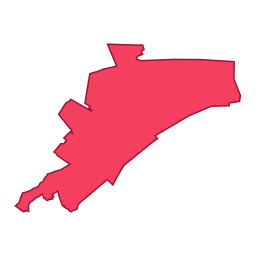 outline of Roznov, Neamt, Romania
{"feature_id": "2599482B96195246570406", "entity_name": "Roznov", "entity_type": "district", "adm_level": 2, "iso_a3": "ROU", "parent_name": "Romania", "parent_adm1": "Neamt", "projection": "natural_earth1", "projection_center": [26.505, 46.851], "detail": "fine", "context": "isolated", "style": "filled", "palette": "rose", "viewbox_px": 256, "rotation_deg": 0, "n_neighbors": 0, "source": "geoboundaries", "source_scale": "gbopen_adm2", "svg_char_len": 1917}
<svg xmlns="http://www.w3.org/2000/svg" viewBox="0 0 256 256"><path d="M102.4,183.7L104.9,181.7L107.4,179.6L111.7,183.8L112.9,184.9L117.7,175.7L124.0,165.2L153.4,141.4L157.6,138.7L155.1,135.7L187.4,116.6L188.8,115.8L211.4,106.2L227.2,105.8L229.1,105.7L229.1,103.0L239.5,101.4L240.2,96.7L240.6,96.0L234.8,81.4L233.9,79.0L233.9,77.1L234.1,66.5L234.2,61.7L200.7,59.6L174.0,59.4L141.1,60.7L136.3,59.1L137.7,56.2L142.6,54.3L141.3,51.2L143.8,49.7L144.0,49.6L142.7,45.0L136.1,45.1L107.5,44.2L116.7,66.2L103.9,69.0L98.2,71.2L97.8,71.6L95.1,72.1L89.8,73.7L84.9,103.4L87.4,104.7L89.0,105.8L89.9,106.2L88.8,108.1L91.5,109.9L91.3,111.0L70.8,99.4L69.6,100.8L68.0,101.8L66.5,102.6L65.9,103.1L64.5,105.0L63.3,107.0L59.1,113.6L58.7,114.2L58.6,114.3L68.6,126.8L71.1,129.6L71.7,131.3L72.3,133.4L70.2,131.7L63.8,138.0L66.6,140.1L65.0,141.8L65.1,142.1L63.8,143.8L60.8,143.7L55.1,150.7L54.0,152.0L56.9,154.3L57.1,155.4L70.1,164.4L68.2,165.3L61.8,169.1L61.2,169.7L55.5,171.2L51.8,172.8L47.3,174.1L47.0,175.5L46.1,176.4L45.5,177.1L44.0,179.0L43.6,179.8L43.3,181.3L41.9,182.1L40.4,182.8L38.7,185.8L36.8,187.2L34.1,188.2L33.3,188.5L30.0,190.8L28.9,191.0L28.1,191.5L27.1,191.8L25.3,192.3L22.7,192.9L21.2,196.2L20.3,198.4L20.3,199.5L19.5,201.5L18.8,203.0L16.7,204.6L15.4,206.0L15.7,206.1L23.3,211.7L25.4,211.2L25.2,210.7L26.0,210.3L28.7,211.3L28.4,207.1L28.6,206.3L28.7,204.9L30.0,202.4L32.4,200.9L36.4,197.5L37.4,197.0L39.2,196.5L41.5,194.5L42.3,194.1L42.9,195.5L44.0,198.6L44.9,198.3L46.4,199.8L47.1,200.6L50.2,198.9L50.6,199.4L52.9,198.7L52.4,197.4L53.7,196.7L52.2,194.7L53.9,193.6L54.7,192.9L57.9,191.1L58.4,192.4L58.4,193.5L58.6,194.8L60.4,200.4L62.3,205.2L64.5,206.0L63.6,206.6L65.1,207.4L66.0,208.3L68.0,209.0L68.9,210.1L69.9,211.3L71.3,211.8L72.3,210.9L77.0,209.1L77.0,208.8L78.1,204.7L78.8,203.8L81.5,201.2L83.4,199.7L86.3,197.4L91.5,192.9L93.2,191.5L101.8,184.2L102.4,183.7Z" fill="#f43f5e" stroke="#9f1239" stroke-width="1.5"/></svg>